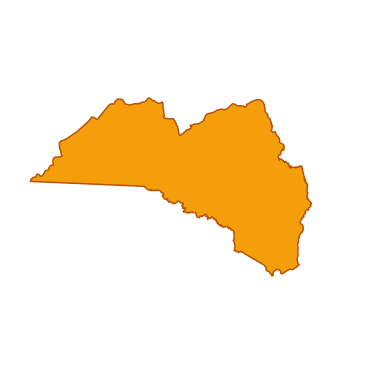 Apartadó, Antioquia, Colombia, rotated 228°
{"feature_id": "7082276B99397100908240", "entity_name": "Apartadó", "entity_type": "district", "adm_level": 2, "iso_a3": "COL", "parent_name": "Colombia", "parent_adm1": "Antioquia", "projection": "mercator", "projection_center": [-76.61, 7.921], "detail": "fine", "context": "isolated", "style": "filled", "palette": "amber", "viewbox_px": 384, "rotation_deg": 228, "n_neighbors": 0, "source": "geoboundaries", "source_scale": "gbopen_adm2", "svg_char_len": 6080}
<svg xmlns="http://www.w3.org/2000/svg" viewBox="0 0 384 384"><g transform="rotate(228 192 192)"><path d="M307.9,79.1L228.1,160.4L225.6,160.4L223.5,160.8L222.8,161.3L222.3,161.2L221.2,162.1L221.3,162.5L220.7,162.7L220.8,163.1L220.3,162.8L219.9,163.1L219.4,164.1L218.4,165.0L217.8,165.2L217.7,165.7L217.2,166.3L217.3,167.0L216.8,167.6L215.8,167.8L214.8,169.0L213.3,169.2L212.3,168.9L211.6,169.2L211.4,169.5L210.7,169.7L209.7,169.3L209.3,168.5L208.7,168.7L208.8,167.2L207.4,167.3L206.9,167.0L205.0,167.0L203.8,168.3L203.6,169.0L203.1,169.2L202.7,168.1L200.9,168.4L200.5,167.9L200.1,167.9L199.7,168.2L199.8,169.2L198.3,169.7L197.8,170.1L196.9,169.9L195.7,170.4L194.5,173.1L194.6,175.8L193.4,176.2L191.8,176.3L190.5,176.9L189.5,177.9L188.6,177.0L188.7,175.2L187.5,175.6L186.3,174.2L185.7,174.4L184.9,176.1L184.3,176.3L183.6,174.5L183.5,172.6L182.8,172.4L182.0,173.4L180.2,173.9L179.6,175.5L178.9,175.3L178.4,175.6L177.8,177.5L177.0,178.6L176.1,178.7L174.6,181.0L170.3,179.0L168.1,180.0L168.0,180.6L168.6,181.8L168.0,182.4L167.9,182.8L167.0,183.0L167.3,184.0L166.4,185.1L166.9,186.5L166.3,187.3L165.4,187.3L164.6,186.1L163.9,187.2L163.3,187.2L161.3,185.3L161.1,185.7L161.6,187.0L161.2,187.5L160.4,187.8L160.0,188.4L159.9,189.1L160.3,190.0L160.1,190.3L158.7,190.6L157.0,190.1L156.6,190.5L156.4,191.3L156.0,191.5L155.5,191.2L154.7,191.3L154.4,190.6L153.6,190.2L152.8,190.7L151.9,189.9L151.4,190.7L150.4,189.9L149.7,190.1L148.7,191.2L148.3,190.5L147.8,190.4L147.8,191.3L147.0,191.8L146.6,191.8L146.0,191.1L144.6,192.0L143.1,194.9L142.0,195.2L141.4,194.8L140.0,195.0L140.0,196.1L138.0,195.6L137.6,196.2L136.6,196.2L135.7,196.8L134.2,196.3L133.8,195.6L132.6,195.7L132.1,194.6L131.2,194.0L130.5,193.1L129.7,192.8L128.7,191.7L128.5,190.3L126.9,190.0L122.9,187.8L120.1,184.1L119.3,185.1L118.7,185.0L117.6,185.4L116.8,186.3L115.8,186.2L115.5,188.2L114.7,188.3L113.8,189.1L111.5,189.8L110.9,189.8L89.8,196.6L86.8,196.6L84.2,194.9L83.1,195.0L81.9,195.7L80.6,196.0L79.7,195.5L77.6,195.9L77.4,195.6L76.0,195.3L75.8,195.8L75.9,196.7L77.5,198.0L78.1,199.1L78.2,201.2L77.8,202.8L76.8,204.0L75.0,204.9L73.9,204.8L72.3,203.6L71.3,203.9L70.9,204.4L70.4,206.3L69.5,212.2L69.1,213.1L67.5,214.2L66.8,215.6L66.3,220.0L66.3,223.0L67.0,223.1L68.2,222.8L69.9,224.2L71.8,224.9L74.0,228.4L77.9,231.6L79.0,233.1L82.1,235.1L83.9,238.1L85.3,239.3L87.0,241.9L87.8,242.4L88.2,244.6L88.7,245.8L88.4,246.4L88.8,246.9L88.5,247.5L90.2,250.2L91.0,250.9L93.5,252.0L94.4,252.1L95.6,251.5L97.5,252.1L97.7,253.3L98.5,254.4L98.3,255.5L99.1,256.1L98.7,257.1L99.2,257.7L98.8,258.2L99.0,258.9L99.7,259.1L100.3,260.2L100.4,262.3L101.9,263.4L101.6,265.5L100.8,266.4L102.1,268.0L101.9,269.0L102.1,270.0L101.8,270.6L102.3,271.1L103.3,271.4L103.2,272.4L103.8,273.2L104.5,273.4L105.1,273.1L105.8,273.4L107.7,273.1L108.5,273.7L109.3,273.1L109.8,273.1L109.9,273.5L110.6,273.3L110.8,274.4L112.4,274.8L113.4,276.4L113.5,277.2L115.3,277.7L117.4,279.8L118.3,280.3L119.5,282.4L120.1,282.7L120.8,282.5L121.5,283.2L122.4,283.4L122.8,283.4L123.0,282.8L123.6,283.4L124.2,283.2L124.8,284.3L125.5,284.1L125.4,283.5L126.2,283.8L126.3,284.7L127.0,284.7L127.6,285.4L130.0,286.3L131.9,287.7L134.2,288.6L135.2,289.3L134.9,289.5L135.1,289.8L136.0,289.8L137.8,290.7L137.8,290.3L138.2,290.2L138.0,289.8L139.4,289.1L139.4,287.5L139.9,286.6L140.7,286.4L140.6,285.5L141.3,285.6L141.9,284.3L143.6,282.8L143.7,281.8L144.4,281.5L144.5,280.9L144.9,280.9L144.9,282.2L145.4,281.5L145.8,282.3L146.6,282.3L147.1,281.4L148.6,282.8L149.0,282.8L149.7,282.0L150.6,281.8L151.3,282.1L152.0,282.0L152.4,281.4L152.1,280.6L154.2,280.8L156.3,280.3L157.4,279.6L158.2,279.5L158.4,279.1L157.4,278.4L157.9,278.3L158.7,278.6L159.7,279.6L160.5,279.8L160.9,280.3L161.2,281.4L160.5,282.6L161.4,283.6L161.6,284.4L162.6,285.1L162.7,285.6L162.3,286.8L163.5,287.8L163.4,288.1L162.0,287.9L161.9,288.3L162.3,289.1L164.7,291.3L166.6,291.6L167.7,291.0L170.5,290.1L170.8,290.9L172.1,292.0L173.2,292.5L175.5,293.1L177.3,292.9L178.4,293.1L181.1,294.1L181.3,294.1L181.4,293.2L182.1,292.3L184.3,291.7L184.8,291.9L185.2,293.3L185.7,294.1L186.2,294.2L186.1,294.6L187.1,294.9L187.0,295.4L187.5,295.4L187.6,295.7L187.3,295.7L187.6,296.2L189.0,295.9L189.5,296.8L189.9,296.8L190.3,297.2L190.7,297.2L191.2,297.6L193.7,298.7L195.2,298.9L196.7,298.5L197.6,298.9L199.0,300.2L202.4,300.0L204.9,301.8L205.3,302.4L206.8,302.8L207.8,303.5L208.5,304.4L209.6,304.3L211.3,304.9L212.5,304.9L214.8,304.4L216.2,303.2L217.9,300.4L218.6,298.9L218.9,297.2L219.6,295.9L219.6,293.5L220.1,292.6L220.5,291.4L219.2,289.5L219.7,288.4L221.9,287.4L225.9,283.2L228.4,282.7L230.3,281.3L230.5,280.0L230.3,276.2L230.8,272.2L232.0,270.7L233.4,269.8L234.2,268.8L236.2,264.7L236.5,262.3L237.3,260.3L239.8,255.7L239.7,253.1L238.3,250.7L238.3,249.7L237.2,248.4L238.2,242.6L239.8,240.4L241.0,239.2L241.5,237.0L242.6,235.6L242.5,235.0L240.5,234.9L240.1,234.2L240.6,232.3L240.3,231.4L241.2,230.8L241.7,229.2L241.5,225.4L241.8,221.3L242.6,220.9L243.5,221.0L250.4,225.2L252.1,225.0L253.4,225.9L255.9,226.7L259.1,227.1L259.4,227.0L260.5,225.1L262.0,223.5L263.1,223.0L263.9,221.8L265.6,221.2L267.2,221.1L267.3,222.0L267.8,223.1L269.7,223.9L272.9,226.4L274.1,226.7L276.8,229.5L278.8,230.0L279.4,227.7L280.8,226.1L284.0,225.1L285.0,225.2L286.3,224.0L289.8,223.5L290.8,222.8L291.1,221.8L290.6,219.4L290.8,217.0L292.4,214.7L292.7,212.5L294.2,210.4L296.1,208.3L298.1,204.1L302.2,201.2L306.5,202.2L307.4,202.0L309.1,200.7L310.7,198.9L310.9,197.6L310.7,195.2L309.6,193.3L310.2,192.2L311.3,191.3L311.8,190.2L312.1,187.8L309.3,170.2L310.6,169.5L312.3,169.3L313.6,168.7L314.5,167.9L314.8,167.2L313.9,163.2L313.8,160.8L313.8,146.5L315.8,132.8L317.7,128.2L316.9,125.7L313.9,123.8L312.8,122.6L309.8,121.8L309.4,120.9L308.4,120.7L306.3,119.6L305.9,118.6L306.3,118.2L306.8,116.8L309.6,113.4L309.7,112.8L309.6,111.4L308.0,109.1L305.5,107.5L305.0,106.9L306.2,105.1L306.3,103.7L306.0,102.4L304.7,100.8L304.7,100.1L305.8,97.3L305.6,96.0L304.7,93.9L304.4,91.2L304.6,90.5L305.1,90.0L307.9,89.9L308.6,89.3L308.8,88.6L308.8,87.9L308.1,86.7L308.1,85.9L308.1,85.2L309.1,83.8L309.1,81.1L308.9,80.4L307.9,79.1Z" fill="#f59e0b" stroke="#b45309" stroke-width="1.5"/></g></svg>